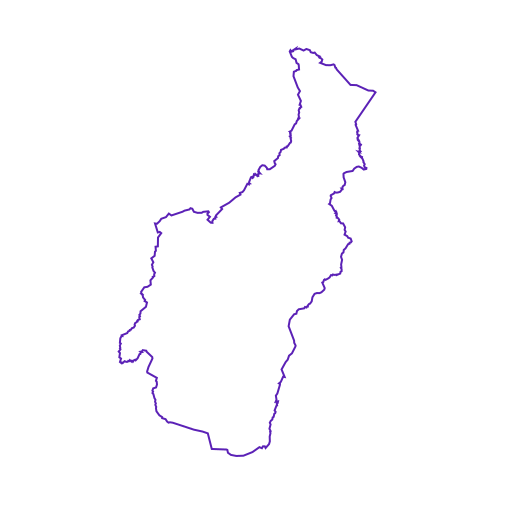 Ogan Komering Ulu Timur, Sumatera Selatan, Indonesia (orthographic projection), rotated 164°
{"feature_id": "22746128B29719145941035", "entity_name": "Ogan Komering Ulu Timur", "entity_type": "district", "adm_level": 2, "iso_a3": "IDN", "parent_name": "Indonesia", "parent_adm1": "Sumatera Selatan", "projection": "orthographic", "projection_center": [104.552, -4.106], "detail": "fine", "context": "isolated", "style": "outline", "palette": "violet", "viewbox_px": 512, "rotation_deg": 164, "n_neighbors": 0, "source": "geoboundaries", "source_scale": "gbopen_adm2", "svg_char_len": 6122}
<svg xmlns="http://www.w3.org/2000/svg" viewBox="0 0 512 512"><g transform="rotate(164 256 256)"><path d="M299.7,68.8L295.3,71.6L293.8,74.0L292.6,78.7L290.9,81.8L290.9,83.2L290.2,83.6L290.7,86.2L288.4,90.1L288.7,91.9L287.2,93.5L285.4,94.3L284.5,96.2L283.4,96.5L281.9,99.3L280.9,99.6L280.1,100.8L280.7,102.4L277.5,106.6L276.9,106.6L276.7,108.4L275.7,108.7L274.9,110.2L277.3,110.4L275.9,112.2L275.4,116.3L273.4,117.9L268.5,125.6L268.2,126.5L269.0,127.2L266.8,128.2L263.2,132.5L261.8,131.8L262.7,139.9L256.7,145.9L254.1,147.6L251.7,151.1L248.3,152.5L243.0,158.2L242.6,159.1L243.2,162.0L242.7,164.2L244.0,179.5L241.0,185.5L235.4,189.5L233.1,189.4L231.8,191.8L229.6,193.0L224.1,192.4L222.9,193.5L221.7,192.6L221.2,193.2L220.1,193.1L219.9,194.1L218.1,195.3L217.2,195.3L215.0,197.0L213.1,200.8L210.1,203.5L207.6,203.6L205.2,202.8L203.1,203.1L199.7,204.8L198.8,206.2L199.6,212.2L198.5,212.4L197.3,214.2L196.3,214.6L195.7,213.9L192.9,214.5L191.2,215.1L189.1,217.0L187.9,216.3L187.2,217.0L185.5,216.1L183.4,215.9L183.5,215.5L179.9,215.9L179.1,217.5L177.9,217.8L177.3,219.9L177.7,221.3L177.0,221.6L176.5,224.4L174.3,228.6L174.5,231.8L172.7,234.7L171.0,235.3L169.9,237.7L167.9,238.6L164.2,242.0L162.8,242.0L162.4,243.0L161.1,242.9L160.0,243.7L160.2,246.7L162.4,248.2L162.8,249.9L165.0,252.1L163.1,254.8L163.6,256.7L162.4,259.0L163.3,263.3L165.3,264.0L166.2,266.6L166.9,266.7L166.0,268.0L166.7,269.8L167.9,270.6L167.3,272.0L167.9,272.8L166.9,274.0L167.3,274.5L166.7,274.4L166.7,276.1L167.4,276.0L167.2,277.2L167.8,277.1L168.2,278.1L169.3,283.4L171.3,285.8L170.4,286.2L168.7,289.8L167.4,290.9L167.7,293.2L167.3,293.8L163.8,294.6L162.8,295.8L161.8,294.9L160.0,294.5L157.5,294.5L154.9,296.3L155.1,297.0L154.3,296.6L154.0,298.3L152.7,299.4L151.2,299.8L149.8,302.3L150.1,307.4L149.3,310.8L148.6,311.3L145.8,311.8L139.7,311.1L137.5,312.9L134.6,313.9L132.5,313.7L130.2,311.7L128.6,309.4L126.0,309.3L125.6,310.2L127.1,311.3L127.2,313.1L126.2,314.3L126.9,316.8L126.5,317.4L126.9,320.3L127.5,321.4L127.1,321.2L126.8,321.9L127.5,322.3L129.0,325.2L128.3,326.9L128.8,327.9L127.6,327.1L127.8,328.1L126.8,328.0L127.2,329.0L126.5,330.9L125.7,331.0L126.7,331.4L126.1,332.4L126.0,334.8L124.7,333.8L124.4,334.1L125.6,335.6L125.1,337.1L126.2,339.6L126.1,340.2L125.6,339.9L126.0,341.5L123.6,343.7L124.8,344.4L125.1,345.2L124.5,346.3L124.7,347.3L123.8,348.4L123.4,348.3L124.1,354.6L123.4,355.0L123.5,357.6L96.0,380.4L97.9,382.6L102.4,384.1L112.2,392.5L118.0,394.4L127.0,413.1L127.2,414.8L127.8,415.2L127.9,417.9L128.6,418.8L132.0,418.9L136.1,420.2L141.1,424.0L139.3,424.7L138.1,426.6L139.3,428.5L140.3,429.0L140.6,429.9L139.8,430.3L142.2,432.4L143.5,435.4L145.0,435.4L147.2,436.8L147.5,439.0L150.5,441.1L153.6,440.4L157.2,443.5L161.3,443.7L160.6,444.5L164.1,443.4L164.0,442.6L165.2,442.6L165.6,443.3L166.0,442.9L166.3,444.2L167.2,443.3L166.6,437.5L165.7,436.0L163.7,434.2L163.8,430.4L162.3,428.7L162.3,427.7L163.2,423.4L165.7,423.5L166.3,422.9L168.8,422.7L170.4,418.5L169.4,406.5L168.3,402.4L171.2,399.5L170.1,392.7L172.4,389.3L171.6,388.8L171.4,386.8L172.8,386.4L172.9,385.8L173.6,385.9L174.8,384.3L174.9,382.1L176.1,380.2L176.4,377.9L177.5,376.6L176.7,376.3L179.6,374.5L180.9,372.4L182.5,371.9L187.3,366.7L189.1,366.3L188.7,365.9L189.0,364.2L189.4,364.4L189.5,363.7L189.4,362.0L190.5,361.7L189.8,359.9L190.3,359.6L190.5,356.8L191.3,355.5L192.1,355.4L195.1,352.9L196.3,352.8L196.5,351.9L198.7,352.2L199.7,351.4L202.7,351.1L203.7,349.2L205.2,348.3L205.5,346.4L207.2,345.8L207.9,344.1L212.3,342.2L212.4,340.1L211.9,338.8L213.1,337.5L218.8,335.6L221.3,336.3L221.3,337.8L222.7,340.5L224.9,341.5L227.3,340.5L230.0,337.8L229.9,336.7L230.4,336.5L229.4,334.5L230.5,335.1L230.5,334.4L231.7,334.0L231.4,333.3L232.3,332.8L232.1,332.3L232.6,332.3L233.2,333.9L234.4,334.2L233.8,334.6L234.2,335.2L235.0,334.5L235.5,335.0L236.9,332.3L237.8,332.0L238.0,333.2L239.1,333.1L242.3,328.9L242.6,328.1L242.1,327.4L243.1,327.5L243.2,326.9L244.4,327.8L249.4,322.5L251.4,321.2L254.2,321.1L254.0,319.3L259.5,318.0L267.1,314.6L276.4,312.4L275.6,310.5L283.2,306.1L283.9,305.2L283.5,304.5L284.6,304.4L284.8,303.1L286.3,303.4L288.4,301.5L288.7,299.9L290.3,300.5L292.6,304.2L289.5,306.4L291.3,308.9L291.0,310.1L289.2,311.1L289.5,312.1L294.6,313.0L296.3,312.5L300.3,313.6L303.5,315.6L304.2,319.0L305.8,320.0L307.2,319.1L312.2,319.3L314.4,318.8L326.1,318.3L328.1,320.8L331.8,318.2L336.8,317.9L339.0,316.0L342.3,314.3L344.1,315.1L343.9,305.7L341.9,305.7L340.8,304.1L345.1,300.8L347.7,292.3L350.0,292.6L350.8,288.6L351.9,288.0L353.4,284.1L357.3,282.6L356.4,278.3L358.5,276.2L358.3,274.3L358.8,273.6L358.6,269.8L357.7,267.8L358.9,266.6L359.3,264.7L360.4,264.5L359.9,263.9L360.3,264.1L364.2,261.7L365.0,257.5L368.8,256.3L372.0,256.7L376.3,253.2L376.5,251.8L376.0,250.9L376.5,251.0L375.7,249.5L376.0,247.3L374.7,244.3L375.5,243.4L373.6,241.4L375.8,237.5L382.2,234.7L383.0,232.5L384.4,231.5L384.1,230.0L385.1,229.5L385.2,227.2L387.0,227.1L387.7,226.0L388.1,226.3L388.9,225.3L390.7,224.8L391.6,223.5L391.6,222.3L393.3,220.9L395.3,220.8L396.4,219.7L397.7,219.7L398.0,219.0L399.8,218.7L401.0,217.4L406.9,216.8L406.7,215.9L407.3,216.1L409.1,214.3L410.8,210.0L410.1,209.1L411.6,207.4L411.8,205.0L412.3,204.7L412.1,203.5L414.3,202.0L413.5,200.2L415.3,196.3L414.0,194.6L416.0,191.6L414.8,190.0L414.2,190.5L413.7,189.8L411.3,191.1L409.9,190.0L408.5,189.7L407.7,190.4L406.9,189.9L406.0,190.7L405.1,189.2L404.8,189.7L404.0,189.5L403.5,188.3L402.1,189.4L400.7,189.6L400.4,188.9L398.0,190.3L395.0,193.8L394.2,193.7L393.4,195.2L392.5,195.1L393.1,195.8L392.0,195.7L390.8,196.7L387.6,195.2L387.5,194.1L383.6,187.5L383.8,186.0L389.9,179.0L392.5,175.0L392.6,173.9L384.9,166.2L386.6,163.6L386.1,162.5L386.6,159.8L388.3,157.2L391.3,157.1L392.7,155.1L392.3,154.0L393.3,152.8L392.7,151.6L392.8,147.4L392.3,145.5L393.2,143.7L392.9,141.9L393.8,140.7L393.5,138.4L394.1,137.4L394.5,134.2L392.8,129.5L390.6,127.0L390.9,126.0L387.9,124.1L387.1,121.4L386.0,119.9L384.6,119.9L382.0,118.7L363.6,106.2L355.8,102.0L351.2,98.8L351.7,82.7L337.7,78.1L337.0,77.5L337.2,74.6L334.9,71.7L330.0,69.2L323.1,67.5L313.4,68.5L305.4,71.3L303.3,69.6L301.8,71.1L300.0,70.6L299.7,68.8Z" fill="none" stroke="#5b21b6" stroke-width="2"/></g></svg>